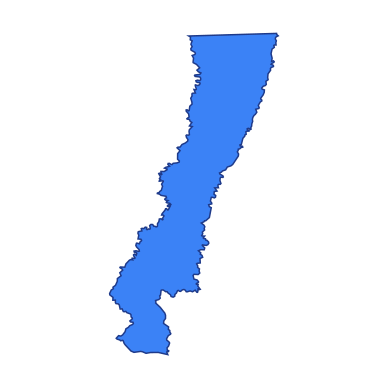 Ulloa, Valle del Cauca, Colombia (Robinson projection), rotated 274°
{"feature_id": "7082276B37156056726077", "entity_name": "Ulloa", "entity_type": "district", "adm_level": 2, "iso_a3": "COL", "parent_name": "Colombia", "parent_adm1": "Valle del Cauca", "projection": "robinson", "projection_center": [-75.783, 4.708], "detail": "fine", "context": "isolated", "style": "filled", "palette": "blue", "viewbox_px": 384, "rotation_deg": 274, "n_neighbors": 0, "source": "geoboundaries", "source_scale": "gbopen_adm2", "svg_char_len": 6055}
<svg xmlns="http://www.w3.org/2000/svg" viewBox="0 0 384 384"><g transform="rotate(274 192 192)"><path d="M347.4,177.9L346.5,179.7L343.7,179.6L342.8,181.6L339.3,180.6L337.0,182.0L334.8,180.8L333.4,181.2L331.5,185.2L330.3,185.7L329.3,185.2L328.2,182.6L325.7,184.2L321.6,184.0L321.1,184.2L319.6,187.6L316.4,191.0L313.9,188.4L312.3,190.0L311.4,192.6L310.3,192.0L309.7,190.8L308.9,186.7L308.3,186.4L307.5,187.1L307.3,191.8L306.2,192.7L304.5,192.8L303.7,192.0L304.0,189.7L303.3,188.1L302.2,188.5L301.7,189.8L301.6,192.1L300.7,192.5L299.6,192.0L298.6,190.5L299.1,187.9L298.3,187.8L294.9,189.2L294.2,188.6L294.4,186.8L291.0,188.5L290.5,185.5L289.9,185.1L287.7,185.3L285.4,184.2L281.8,185.6L279.7,185.9L277.4,183.8L273.0,183.5L272.7,182.9L273.7,181.3L273.4,180.4L272.2,180.6L269.8,183.1L266.7,183.9L264.8,181.8L264.4,182.0L264.1,184.4L262.3,185.3L261.4,187.0L257.7,184.8L257.3,187.7L253.9,185.0L252.4,184.8L249.0,185.4L248.4,184.4L248.5,182.6L247.9,182.1L246.0,182.7L244.0,184.3L242.4,184.1L240.4,181.9L238.7,178.7L236.0,177.0L235.7,174.7L235.0,174.0L232.4,177.2L229.3,175.0L223.7,175.3L222.1,177.2L221.0,177.2L220.0,175.1L219.3,171.2L218.0,170.2L218.1,169.1L219.0,167.5L218.8,166.2L217.8,166.0L216.1,167.8L214.8,164.1L213.9,162.9L213.1,165.6L212.4,165.5L210.5,162.8L210.4,159.6L209.6,159.5L207.6,160.7L207.1,160.2L208.5,158.0L208.0,157.5L204.8,159.6L203.2,158.6L202.3,159.7L201.5,158.7L200.5,158.6L201.1,161.7L200.9,162.6L200.5,162.6L197.7,161.1L195.7,162.2L191.6,161.3L190.2,159.7L189.2,159.3L188.6,157.6L188.0,157.5L187.6,159.7L186.5,161.3L185.9,166.4L184.4,167.0L183.7,165.7L182.7,165.4L182.1,166.2L181.8,168.7L180.5,167.3L179.8,167.1L179.4,168.1L179.2,170.6L178.1,171.8L177.6,171.4L177.7,169.7L176.8,168.5L176.1,168.5L175.8,169.1L176.1,171.1L172.6,169.6L172.4,168.9L173.6,167.8L173.4,166.8L172.1,166.4L168.3,163.7L166.9,163.3L167.0,164.8L166.2,165.7L163.7,164.5L162.5,164.9L162.2,164.4L163.1,163.0L162.8,161.3L160.1,161.0L158.1,159.8L155.5,159.9L154.9,159.4L154.7,158.5L155.3,157.3L155.1,156.3L156.8,155.1L156.8,153.3L155.6,152.1L153.0,152.9L152.0,152.5L152.1,151.1L151.3,149.8L151.9,149.1L153.5,149.3L153.7,147.8L152.1,146.4L152.3,144.7L151.9,143.9L149.7,144.7L148.7,141.2L147.2,140.9L145.1,141.9L141.4,141.4L141.3,144.4L140.3,145.1L139.6,144.9L139.1,143.9L136.7,143.1L137.2,140.5L136.9,140.1L134.8,139.7L133.3,140.5L130.9,143.2L129.3,143.6L129.0,142.8L129.5,140.3L129.0,138.3L128.0,138.6L127.6,140.7L127.1,141.2L125.0,140.8L126.1,139.2L125.4,138.1L124.4,138.2L122.2,139.8L121.7,139.3L121.8,136.9L121.1,136.8L120.2,137.5L120.3,135.5L119.6,134.3L115.7,131.1L112.3,130.2L112.2,125.7L111.5,125.4L110.2,127.7L109.2,128.3L106.4,125.6L103.5,127.1L100.5,123.6L97.7,123.7L93.6,122.2L91.5,119.8L90.0,120.3L88.6,118.3L85.0,116.9L83.6,117.2L81.4,120.5L78.5,120.6L78.8,123.1L76.3,123.3L75.4,123.9L75.2,126.3L74.3,127.3L70.2,128.5L70.6,130.4L68.0,131.8L67.8,132.7L68.3,134.3L67.1,135.4L66.1,138.9L65.5,139.6L63.1,140.0L62.3,141.1L61.3,141.3L59.0,139.0L58.1,139.7L57.9,142.3L56.7,142.7L55.6,141.8L54.3,139.2L52.6,138.0L50.9,135.6L48.0,135.0L44.5,132.7L43.3,131.0L43.6,128.8L40.8,126.6L40.0,127.5L39.4,130.2L38.6,131.2L39.2,133.2L38.9,133.7L36.2,134.9L34.8,136.1L29.1,142.2L28.0,145.3L29.4,151.9L29.2,153.7L27.9,157.4L29.0,161.9L29.6,169.6L28.1,179.2L30.6,177.9L31.1,178.3L31.2,179.7L31.9,179.9L32.7,178.3L34.8,178.0L36.8,179.4L39.8,180.2L41.1,179.2L42.4,177.2L43.8,176.9L47.1,178.4L48.6,180.5L49.4,180.7L50.6,179.7L52.3,179.5L53.3,178.0L55.8,178.0L58.9,172.8L61.6,172.9L63.9,174.4L67.2,174.2L69.3,173.3L74.7,168.4L78.7,163.5L79.7,163.7L81.2,163.2L82.4,166.4L83.9,167.7L86.2,167.0L87.0,167.8L91.7,168.0L92.2,168.9L92.2,170.3L90.7,172.7L90.8,174.2L89.6,175.1L88.0,177.7L86.3,178.4L85.8,180.5L86.7,182.0L88.6,182.1L90.1,183.5L92.5,184.4L92.9,185.1L92.1,186.5L92.1,187.6L93.7,189.2L94.2,190.8L93.5,192.2L92.1,193.2L92.1,194.2L93.2,197.0L92.5,199.5L94.3,202.0L92.4,203.7L92.3,204.4L92.7,204.7L95.9,204.8L95.9,205.4L95.1,205.9L95.5,207.0L98.6,204.3L100.1,204.6L100.2,203.0L100.6,202.6L101.1,202.8L102.2,204.7L103.1,204.7L104.6,203.2L105.3,200.0L108.9,198.9L110.0,199.7L110.1,203.9L111.7,205.4L113.7,204.6L115.8,204.8L117.1,202.9L118.7,202.9L120.7,201.6L121.2,202.1L121.8,205.2L126.2,204.6L127.6,207.2L129.5,206.4L130.6,204.5L131.9,205.0L133.8,202.5L135.1,204.8L135.2,208.2L137.1,208.6L139.4,206.0L140.0,206.1L139.7,209.9L140.5,211.4L142.0,212.3L143.3,212.0L144.8,210.3L144.8,209.3L146.3,208.7L146.4,207.1L147.0,206.4L148.9,207.7L148.8,205.2L149.1,204.7L151.2,205.6L152.7,205.1L155.0,207.2L156.3,206.7L158.3,207.2L159.9,206.1L161.7,203.4L163.2,206.1L164.2,206.5L164.2,207.6L167.7,211.1L177.7,212.3L178.6,210.3L180.5,209.5L181.5,212.5L182.3,212.5L184.2,211.0L188.0,211.6L188.2,212.3L187.7,214.8L188.5,215.8L190.2,215.9L191.3,214.1L194.0,214.2L194.7,216.9L197.7,214.4L198.1,218.1L199.6,217.5L201.0,217.5L201.5,218.1L201.6,219.6L202.5,220.3L205.3,219.1L207.8,219.1L208.8,219.9L208.7,221.8L209.2,222.2L210.4,221.6L211.8,218.6L212.9,218.1L213.9,220.0L215.1,220.9L216.4,224.0L219.4,225.5L220.8,229.0L222.3,230.7L231.1,235.7L233.2,235.8L235.2,234.4L236.5,235.1L238.0,235.2L238.3,236.5L239.7,237.8L240.3,239.5L241.1,239.2L241.4,236.8L242.3,236.5L242.9,237.9L249.1,239.0L251.3,240.7L252.6,240.8L253.3,242.0L255.9,241.6L256.5,242.4L256.7,244.6L257.3,244.6L258.2,242.8L258.9,242.6L259.5,243.6L259.2,244.9L258.3,245.7L258.7,246.5L260.5,246.2L261.8,246.9L264.2,246.9L266.7,247.6L268.5,247.2L270.4,247.4L272.7,248.5L273.8,249.7L276.1,251.1L279.0,249.8L279.9,252.7L280.6,253.2L283.1,252.1L286.5,253.8L287.7,255.3L288.6,255.2L289.4,254.2L290.3,254.0L293.8,256.2L296.5,257.1L298.9,257.1L299.5,254.8L300.6,254.3L302.5,255.7L303.3,257.7L304.5,258.6L307.6,258.0L309.3,260.1L311.5,259.5L315.2,259.6L318.9,261.9L320.5,261.6L321.8,262.3L322.6,264.2L323.3,264.6L324.2,264.0L324.9,262.0L325.8,262.6L327.0,264.6L327.7,264.9L328.5,264.1L327.9,262.3L331.1,262.6L335.4,261.2L340.2,261.9L342.0,264.0L344.0,263.4L344.4,263.9L344.5,265.6L346.8,265.2L348.7,265.6L350.4,264.5L351.6,264.5L352.7,265.2L353.8,267.1L355.1,265.5L356.1,265.3L347.4,177.9Z" fill="#3b82f6" stroke="#1e3a8a" stroke-width="1.5"/></g></svg>